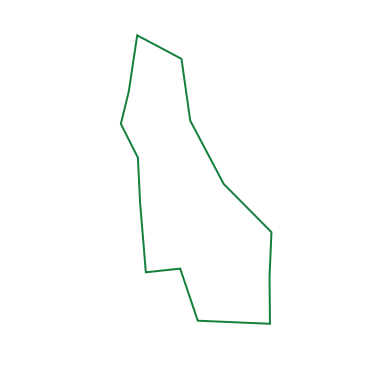 Paola, Albers equal-area conic projection, rotated 133°
{"feature_id": "MLT-5958", "entity_name": "Paola", "entity_type": "state/province", "adm_level": 1, "iso_a3": "MLT", "parent_name": "Malta", "parent_adm1": "", "projection": "albers", "projection_center": [14.504, 35.872], "detail": "fine", "context": "isolated", "style": "outline", "palette": "green", "viewbox_px": 384, "rotation_deg": 133, "n_neighbors": 0, "source": "natural_earth", "source_scale": "10m", "svg_char_len": 344}
<svg xmlns="http://www.w3.org/2000/svg" viewBox="0 0 384 384"><g transform="rotate(133 192 192)"><path d="M235.2,222.7L203.8,255.0L190.7,290.5L161.9,306.6L114.8,338.9L101.8,290.5L141.0,242.0L164.5,174.3L167.2,106.5L201.2,77.4L235.2,45.1L282.2,100.0L256.1,148.4L282.2,171.0L235.2,222.7Z" fill="none" stroke="#15803d" stroke-width="2"/></g></svg>